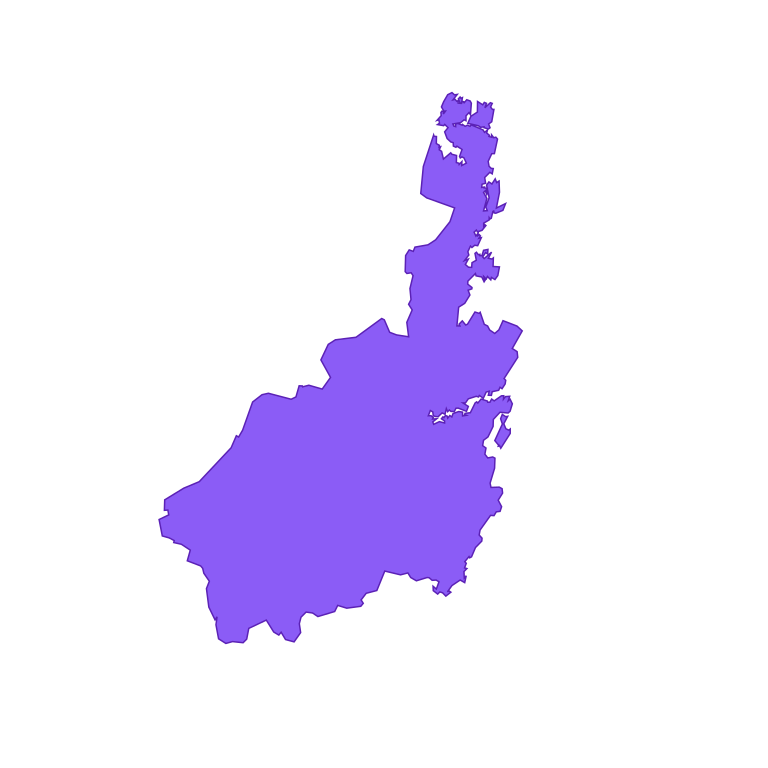 the district of Fjaler nor, Sogn og Fjordane, Norway, rotated 113°
{"feature_id": "86288312B14759313964595", "entity_name": "Fjaler nor", "entity_type": "district", "adm_level": 2, "iso_a3": "NOR", "parent_name": "Norway", "parent_adm1": "Sogn og Fjordane", "projection": "mercator", "projection_center": [5.23, 61.279], "detail": "fine", "context": "isolated", "style": "filled", "palette": "violet", "viewbox_px": 768, "rotation_deg": 113, "n_neighbors": 0, "source": "geoboundaries", "source_scale": "gbopen_adm2", "svg_char_len": 6141}
<svg xmlns="http://www.w3.org/2000/svg" viewBox="0 0 768 768"><g transform="rotate(113 384 384)"><path d="M535.3,232.1L528.4,233.4L531.2,234.3L525.4,237.1L521.5,235.6L521.8,238.0L516.9,238.2L516.0,240.2L509.6,238.3L510.5,237.2L508.9,235.9L498.8,235.9L490.4,232.6L487.6,233.5L485.8,237.4L480.9,238.5L463.3,234.6L462.2,231.3L457.8,230.7L455.9,227.4L451.0,227.8L446.3,233.5L438.1,232.2L434.2,234.4L433.9,237.6L437.4,245.1L433.8,247.6L418.3,249.3L408.9,252.9L408.7,255.4L411.5,259.6L409.2,263.7L403.1,265.1L402.2,269.1L396.9,270.4L392.1,267.6L380.4,267.0L373.9,269.5L364.7,266.2L362.2,258.4L359.8,257.3L352.1,258.1L348.7,262.0L350.9,263.1L346.2,263.5L348.1,267.2L351.3,268.1L348.0,269.2L349.0,271.3L356.5,276.0L355.8,279.0L359.4,279.4L360.3,281.4L359.3,282.2L359.9,288.7L364.9,290.2L364.2,291.7L365.8,292.7L376.7,293.3L379.3,297.9L380.6,297.9L380.6,295.9L382.7,299.2L379.2,300.7L380.1,304.4L384.2,308.9L387.8,308.7L387.3,311.1L390.5,312.0L388.9,313.2L389.0,315.2L391.6,315.7L391.2,316.9L393.6,317.6L394.3,313.8L396.2,313.0L397.0,318.3L401.7,322.5L399.8,324.3L395.4,321.9L397.3,325.6L395.7,325.5L394.8,328.3L395.9,330.8L390.3,331.0L390.6,328.2L393.9,326.3L393.9,324.3L393.0,321.4L387.9,319.2L388.0,316.0L382.3,317.0L384.6,314.6L382.4,313.7L383.1,311.7L381.8,308.5L378.2,308.3L377.2,306.3L376.9,297.4L371.7,297.6L370.6,304.0L369.5,301.6L364.7,300.6L359.3,294.3L359.0,291.9L357.3,291.8L358.3,287.0L351.5,286.8L349.5,284.3L353.6,283.6L352.5,280.7L348.8,281.4L345.0,276.0L341.7,275.9L342.2,273.5L336.6,272.5L333.0,273.4L332.1,275.6L307.2,271.3L302.2,274.1L301.2,279.8L281.1,277.5L278.7,284.2L279.2,299.2L289.3,299.4L294.2,301.8L293.0,307.8L290.1,311.3L289.9,315.0L280.4,323.5L281.8,324.0L282.2,328.4L296.3,330.5L297.8,331.8L295.3,336.6L299.6,338.3L300.9,336.8L302.0,339.6L284.1,345.3L278.2,341.2L268.5,339.7L264.8,343.2L262.1,340.3L260.8,340.7L259.4,345.9L256.6,347.0L246.6,343.0L248.5,341.5L247.3,335.8L250.8,331.8L247.8,331.3L249.0,332.2L246.1,334.1L247.4,330.9L248.2,330.9L244.6,330.8L246.4,326.4L243.9,326.8L244.5,322.7L239.7,321.6L231.1,323.5L233.2,329.5L225.2,332.6L226.8,333.5L227.5,337.1L220.6,336.5L229.4,340.8L228.5,342.8L223.3,341.8L223.8,339.4L219.5,340.9L222.0,344.6L227.6,344.0L228.4,346.0L227.2,346.4L228.1,347.7L226.6,350.4L228.2,351.3L234.0,347.4L237.9,350.4L242.4,348.9L243.5,351.8L242.2,355.8L236.1,355.2L238.9,358.1L232.1,356.3L229.5,358.5L223.3,358.3L224.0,356.4L220.8,354.7L220.1,351.8L211.3,351.6L212.8,353.6L210.0,353.1L209.3,354.7L210.7,355.6L208.3,356.3L211.9,357.2L209.0,360.4L206.2,359.1L207.4,357.5L204.3,353.8L198.3,352.1L197.9,353.5L199.5,354.0L197.0,355.1L191.9,351.3L189.9,352.1L190.7,350.9L189.5,350.0L182.6,351.2L181.9,350.6L183.5,349.4L183.1,347.8L177.7,342.4L170.4,342.6L178.1,349.3L162.4,352.6L152.2,357.4L154.6,359.0L151.7,361.8L157.7,362.8L157.0,366.4L160.8,367.3L171.5,360.0L181.2,359.5L184.1,356.7L185.8,360.0L173.0,361.8L168.8,367.2L166.6,366.3L169.3,363.5L166.3,363.7L166.7,365.7L163.6,365.4L164.3,368.6L163.5,368.6L164.9,370.9L161.8,371.8L159.5,368.9L154.6,372.0L147.8,369.3L148.3,366.5L143.0,367.6L143.6,369.6L142.5,372.4L138.3,375.1L129.9,374.8L128.8,372.4L114.2,375.2L113.1,377.5L114.4,379.2L112.7,382.2L114.8,381.2L115.1,384.1L113.9,384.0L112.8,387.6L109.8,388.0L113.1,389.8L111.4,392.1L111.4,405.0L113.2,405.5L113.1,408.3L115.1,410.0L114.4,413.2L115.2,413.2L115.3,417.7L116.6,419.7L119.1,418.6L119.3,420.5L117.7,422.2L113.5,415.6L109.5,413.5L109.6,411.4L105.1,413.3L100.9,411.8L102.4,409.6L91.4,413.3L89.8,415.3L90.0,418.9L94.4,420.3L93.0,420.5L93.2,422.4L96.0,422.2L89.7,423.7L90.9,424.9L90.1,426.1L92.5,427.0L95.8,423.4L96.5,425.5L94.3,426.6L95.3,427.5L94.2,429.8L95.5,431.5L88.8,429.7L90.3,432.1L89.2,435.3L92.8,438.4L100.8,439.4L106.5,439.4L109.4,435.6L108.7,434.0L112.3,434.9L110.2,435.3L110.2,437.3L111.8,437.7L114.6,436.2L120.6,438.2L119.4,436.7L122.3,434.8L124.3,436.1L122.9,430.0L121.3,429.5L123.0,425.2L128.2,426.7L133.4,421.8L135.1,417.1L134.8,414.6L137.9,413.1L138.0,410.3L136.6,409.8L137.6,403.8L145.0,403.4L146.1,402.1L144.5,401.0L144.6,398.8L148.5,394.5L152.5,397.8L148.8,399.2L152.6,400.6L151.5,401.4L151.9,403.9L145.3,406.5L146.0,411.3L145.1,412.9L153.7,417.2L147.3,421.9L146.8,424.7L143.6,424.6L144.7,425.8L142.7,426.2L142.2,429.8L135.7,432.4L136.4,434.8L135.4,435.6L168.4,432.8L194.3,424.6L196.0,417.4L194.3,387.8L208.8,386.7L231.1,392.8L238.7,397.9L245.9,409.0L250.5,408.9L250.7,413.2L257.3,414.3L272.3,408.4L273.3,406.1L271.0,402.5L272.9,399.6L286.0,397.4L295.8,392.1L301.0,392.5L304.8,387.0L318.3,387.1L330.9,379.8L333.9,391.6L334.2,399.0L324.8,408.8L324.6,411.7L351.9,428.0L362.3,446.0L369.3,450.8L386.5,451.5L398.8,435.8L412.8,438.9L414.5,452.7L418.4,457.8L417.7,458.4L418.8,461.4L430.3,460.0L434.3,463.5L437.7,486.8L441.5,492.1L451.9,497.9L481.8,496.1L489.6,497.1L489.3,499.7L502.4,499.8L546.1,515.9L558.1,527.6L576.3,540.6L586.1,536.8L584.5,533.7L588.6,531.0L596.6,538.1L610.5,528.7L609.6,521.6L610.1,515.9L612.1,515.6L610.7,507.9L612.6,497.4L623.6,496.0L623.1,481.7L624.5,478.9L628.6,475.9L633.8,467.7L641.7,467.5L657.8,458.1L667.1,447.4L663.5,446.7L671.3,444.6L683.2,436.7L684.6,428.2L680.3,422.8L677.2,412.6L672.5,410.7L661.8,413.0L647.3,400.1L655.4,388.6L656.2,382.7L652.7,381.7L657.7,374.8L656.5,366.0L645.4,363.6L637.7,368.3L631.1,369.3L624.4,366.6L622.7,360.3L623.9,354.0L612.7,340.5L605.9,340.1L604.9,330.7L597.7,318.5L594.0,317.4L591.7,320.7L583.6,318.6L576.9,309.9L555.9,310.2L553.2,294.2L548.6,288.2L551.7,283.8L552.5,277.3L545.3,268.7L544.7,266.7L545.9,263.0L544.1,259.4L544.6,256.1L552.3,255.7L551.0,259.8L555.0,257.9L556.4,252.5L553.6,251.4L553.3,248.5L555.1,244.2L549.5,241.1L549.0,243.5L550.6,244.4L543.0,242.7L534.7,237.3L535.3,232.1ZM100.5,387.3L88.3,390.1L88.9,391.4L87.4,394.1L83.4,394.0L83.5,396.0L90.3,399.1L85.6,399.3L85.6,401.7L88.4,402.2L87.4,408.3L97.2,404.3L103.6,408.6L111.3,408.7L109.4,398.1L109.9,395.3L108.2,392.4L109.0,392.1L108.5,387.6L106.7,386.5L103.8,389.3L100.5,387.3ZM380.2,248.5L376.1,250.2L377.7,251.1L377.6,254.3L373.8,258.2L365.4,257.5L366.5,259.2L365.8,263.2L370.4,263.1L374.6,259.4L392.8,259.9L395.4,254.9L394.6,254.5L396.6,254.5L395.8,253.3L397.5,251.4L380.2,248.5Z" fill="#8b5cf6" stroke="#5b21b6" stroke-width="1.5"/></g></svg>